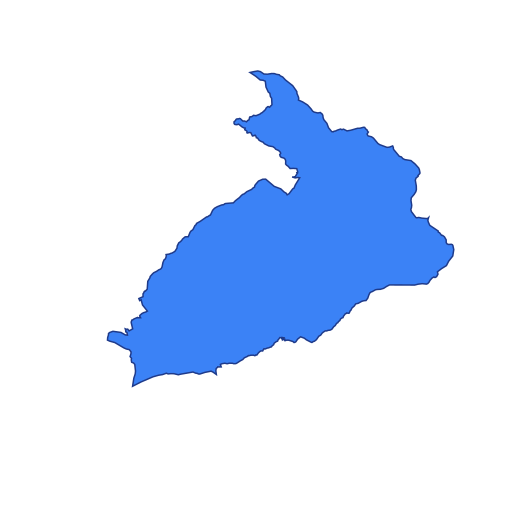 outline of Salasu De Sus, Hunedoara, Romania, rotated 227°
{"feature_id": "2599482B95724564530816", "entity_name": "Salasu De Sus", "entity_type": "district", "adm_level": 2, "iso_a3": "ROU", "parent_name": "Romania", "parent_adm1": "Hunedoara", "projection": "orthographic", "projection_center": [22.966, 45.458], "detail": "fine", "context": "isolated", "style": "filled", "palette": "blue", "viewbox_px": 512, "rotation_deg": 227, "n_neighbors": 0, "source": "geoboundaries", "source_scale": "gbopen_adm2", "svg_char_len": 6147}
<svg xmlns="http://www.w3.org/2000/svg" viewBox="0 0 512 512"><g transform="rotate(227 256 256)"><path d="M199.4,148.3L200.9,150.2L200.8,152.2L201.0,152.4L198.6,154.9L201.0,156.0L200.4,157.7L198.8,160.1L196.9,161.4L195.7,163.5L193.5,165.7L192.4,166.3L191.3,167.5L190.8,168.5L190.0,173.1L189.3,175.7L189.5,178.1L188.4,181.3L188.4,182.5L188.0,182.6L187.0,184.5L185.2,186.5L183.8,187.2L183.8,188.3L183.0,189.0L183.5,191.7L183.5,193.6L183.2,194.9L182.1,196.0L182.0,196.4L182.4,196.9L182.4,197.7L182.7,198.6L181.7,199.4L181.0,201.4L180.2,202.6L179.5,204.5L179.0,205.3L179.3,206.4L179.1,208.5L179.8,209.6L179.8,210.2L179.5,212.7L179.0,213.7L179.7,215.1L179.7,216.1L180.1,217.8L179.3,218.5L178.9,219.3L178.3,219.0L178.1,218.4L177.6,218.4L177.9,220.0L177.0,220.7L176.3,218.7L175.8,220.0L175.4,220.3L174.8,219.5L174.3,219.4L173.5,221.1L172.1,222.5L168.2,224.7L166.8,224.8L166.3,225.6L166.1,226.7L166.8,229.7L166.5,233.5L162.9,235.3L160.3,235.7L155.1,237.6L154.6,238.0L154.4,239.4L153.8,240.7L153.6,243.1L154.5,247.2L154.0,249.3L154.5,251.9L154.4,253.3L154.0,255.6L152.9,256.7L152.6,257.8L151.2,259.7L150.7,261.5L151.3,264.7L151.1,266.5L151.8,269.0L151.4,270.3L151.8,271.6L151.6,273.3L152.3,274.8L152.1,276.5L151.6,277.6L152.3,278.9L152.8,281.9L152.4,282.9L152.5,283.5L151.2,284.4L150.7,285.2L151.7,287.6L151.6,288.4L152.5,290.7L152.4,293.9L153.0,296.2L151.7,298.5L150.7,302.5L149.7,304.4L148.4,306.1L148.9,308.9L150.7,312.3L151.4,314.3L151.1,315.9L150.7,316.7L149.8,320.4L148.9,321.8L146.8,324.3L145.3,327.3L144.7,330.7L143.8,333.9L126.5,352.3L124.8,355.4L122.4,358.7L119.2,361.5L118.7,362.8L118.9,364.9L119.5,366.5L119.8,369.9L119.3,371.8L118.2,372.2L117.7,373.9L118.6,376.7L120.7,377.9L120.2,383.2L119.1,388.7L120.8,393.4L121.8,399.9L125.8,405.0L129.5,407.2L130.4,407.3L131.4,406.8L133.1,404.7L134.4,404.0L136.0,404.2L138.1,406.1L141.5,406.9L143.9,406.5L144.5,405.8L147.8,406.1L149.2,405.6L150.0,406.3L159.9,404.0L163.4,405.2L165.0,406.1L166.4,408.4L166.4,406.9L170.5,403.2L173.2,401.3L174.3,399.6L175.1,399.2L182.4,399.9L184.5,401.0L185.3,402.6L186.9,404.5L190.9,407.2L192.7,409.3L193.2,413.6L194.0,416.7L195.2,418.6L197.9,421.0L202.8,424.2L203.9,426.3L203.7,428.3L203.8,429.1L204.4,429.3L204.6,432.1L205.2,432.8L207.8,434.4L209.4,435.0L214.7,435.1L220.1,434.4L225.0,430.6L227.1,429.8L229.3,429.9L231.2,428.8L239.8,429.3L240.7,429.6L241.8,430.5L243.3,431.0L244.7,427.7L246.1,425.9L253.1,422.4L255.1,421.9L262.1,422.3L264.4,421.8L267.3,419.9L268.2,420.0L269.5,420.5L270.0,422.7L270.8,422.6L272.6,423.2L274.1,422.9L276.0,423.2L276.9,422.3L278.6,419.1L280.2,417.3L283.4,411.0L285.4,407.9L289.1,406.5L289.8,405.0L291.2,404.4L292.6,401.3L293.2,399.3L294.0,398.2L294.2,397.1L295.3,396.2L300.3,396.5L304.6,398.3L309.5,398.6L311.5,399.5L313.3,400.8L314.6,401.2L317.1,400.9L318.4,398.8L321.5,396.7L323.3,396.2L326.1,396.6L331.2,396.7L336.9,395.2L341.1,393.4L342.1,394.7L343.2,395.4L347.2,396.9L348.2,397.9L349.7,398.2L355.4,399.0L364.7,397.6L368.7,397.6L371.3,396.6L372.7,396.6L375.0,394.8L376.8,393.9L378.7,392.0L381.2,388.3L383.7,385.9L387.8,385.0L390.1,383.5L392.3,380.2L394.3,376.8L387.6,378.4L381.9,379.1L379.6,381.1L377.5,382.0L372.7,378.5L367.5,376.8L365.6,377.1L362.8,375.3L360.7,375.0L355.8,370.9L355.6,369.7L355.8,369.0L355.5,367.4L357.0,366.8L357.3,366.1L357.2,365.4L357.3,364.3L356.6,362.7L356.7,361.5L356.5,361.0L356.7,360.3L356.6,358.4L357.0,357.3L357.1,355.6L358.6,351.7L360.6,350.1L360.6,349.2L360.8,348.0L361.9,346.4L361.8,345.9L360.4,343.9L360.8,342.2L360.6,340.6L362.5,339.7L363.7,338.4L367.1,338.2L367.8,337.8L368.3,336.6L369.3,335.5L369.5,334.6L369.1,333.4L369.1,331.4L367.8,330.3L366.8,330.2L365.5,331.1L364.7,332.2L364.5,333.0L363.8,333.3L360.0,333.8L357.9,334.5L356.9,335.3L356.0,333.9L353.8,334.5L352.9,334.2L352.5,333.5L352.1,333.4L351.6,333.8L351.0,335.2L349.8,336.3L346.3,335.3L345.9,335.5L345.6,336.5L345.2,336.8L345.1,337.7L344.7,337.8L343.5,337.6L342.2,336.9L341.3,337.6L338.5,337.2L336.0,338.0L334.5,338.8L332.4,338.7L327.8,340.4L324.5,342.9L322.3,343.4L320.8,343.2L317.7,344.5L315.7,344.6L314.4,344.2L314.2,344.0L314.0,342.5L312.4,341.7L311.0,341.7L308.6,343.2L306.7,343.3L305.2,342.5L303.1,340.4L301.7,340.3L299.6,340.7L296.7,340.6L294.7,343.0L292.1,345.4L289.1,343.9L288.5,343.2L289.0,342.7L288.3,342.4L287.3,338.9L288.3,337.1L289.2,336.3L286.4,337.9L284.9,340.1L283.4,341.3L281.2,333.3L279.7,330.0L280.0,329.3L280.0,328.3L279.0,322.7L279.5,320.5L281.3,320.9L283.6,320.2L288.2,319.9L294.5,316.8L305.6,315.5L307.6,313.2L309.1,308.9L308.6,304.2L308.2,303.0L307.4,301.9L307.8,300.1L307.7,298.2L309.3,293.2L309.5,289.8L310.2,288.0L310.2,285.4L310.0,283.9L310.5,278.8L310.3,275.7L315.1,269.6L315.5,268.8L315.6,267.4L316.8,265.6L318.5,261.2L319.2,258.2L319.0,255.5L317.0,250.5L317.4,249.8L317.7,247.3L318.3,246.5L319.4,238.7L320.4,234.7L319.8,233.7L319.9,232.1L318.3,227.8L318.6,225.1L318.2,223.7L316.3,219.6L318.3,217.3L318.4,216.6L318.5,213.7L318.2,212.9L318.0,210.7L318.3,208.5L317.1,205.3L315.6,203.5L314.7,199.8L315.4,196.6L316.1,195.4L316.5,194.0L318.4,191.2L317.3,190.5L316.4,189.2L315.7,187.7L315.9,186.2L314.7,183.5L312.2,180.0L311.6,178.6L311.5,177.3L312.2,175.5L312.6,172.8L313.5,169.8L313.5,168.0L313.2,164.7L312.4,163.5L311.3,159.6L305.9,153.8L305.8,151.0L306.2,150.7L306.1,149.6L305.6,148.8L305.4,147.6L303.3,145.6L304.8,141.3L302.7,140.5L302.3,142.1L297.6,139.6L289.8,139.0L290.2,137.2L291.2,135.2L291.7,133.4L291.8,130.8L291.5,130.0L289.6,129.5L291.4,127.4L291.9,127.4L293.2,123.8L293.4,122.1L293.8,121.6L292.9,119.8L292.4,119.3L286.8,116.1L287.8,112.1L290.0,112.3L291.0,111.1L291.9,110.7L290.0,109.7L289.4,109.0L288.1,109.5L285.8,108.0L287.4,106.6L292.2,105.1L298.5,100.0L299.9,96.7L299.9,95.3L298.8,94.1L297.6,92.0L295.8,90.0L293.4,91.0L289.0,93.7L278.9,96.7L276.5,97.7L273.9,99.5L271.1,99.2L269.8,97.9L268.3,95.3L266.1,95.2L265.1,93.9L263.1,92.6L261.2,93.5L259.4,93.4L254.0,89.4L252.1,87.2L250.0,83.4L244.9,76.9L242.3,86.0L237.9,98.3L235.2,103.5L233.0,106.8L231.4,110.5L229.7,111.3L228.2,113.3L225.9,115.7L222.1,118.2L221.1,120.1L214.1,130.8L211.6,131.9L209.9,133.2L209.1,133.3L208.0,134.4L205.7,139.3L202.4,144.6L200.3,145.4L196.4,146.2L199.4,148.3Z" fill="#3b82f6" stroke="#1e3a8a" stroke-width="1.5"/></g></svg>